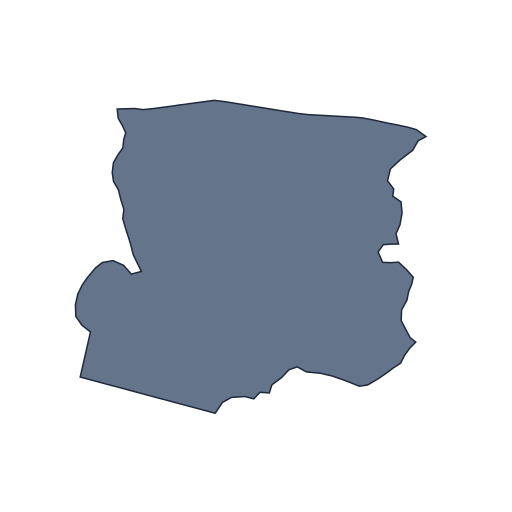 the district of São Domingos, Paraíba, Brazil, rotated 19°
{"feature_id": "56859067B84117834141491", "entity_name": "São Domingos", "entity_type": "district", "adm_level": 2, "iso_a3": "BRA", "parent_name": "Brazil", "parent_adm1": "Paraíba", "projection": "mercator", "projection_center": [-37.944, -6.804], "detail": "fine", "context": "isolated", "style": "filled", "palette": "slate", "viewbox_px": 512, "rotation_deg": 19, "n_neighbors": 0, "source": "geoboundaries", "source_scale": "gbopen_adm2", "svg_char_len": 1397}
<svg xmlns="http://www.w3.org/2000/svg" viewBox="0 0 512 512"><g transform="rotate(19 256 256)"><path d="M129.2,427.7L268.6,418.0L272.0,405.3L278.8,397.7L291.2,392.5L300.4,391.8L304.1,383.6L313.2,381.1L313.0,372.6L319.8,362.6L324.2,352.8L331.1,347.4L341.4,349.2L355.1,345.9L367.1,344.7L377.9,344.7L387.2,345.0L396.1,345.5L403.6,341.6L411.3,332.5L418.4,323.0L422.3,317.1L427.6,310.3L428.8,301.8L431.4,293.0L435.1,285.4L428.3,283.0L422.3,277.4L414.3,269.8L411.2,259.5L413.1,248.6L411.9,239.8L412.4,232.2L411.6,224.9L402.2,219.6L392.7,215.4L385.4,218.5L377.7,220.8L370.2,212.4L372.6,203.9L379.8,200.8L386.9,198.3L381.1,189.3L382.0,179.8L380.1,167.7L375.5,157.6L365.8,154.9L364.4,147.8L355.9,142.1L354.7,129.9L361.0,118.3L369.8,104.9L371.8,94.3L377.9,87.7L366.4,84.3L357.6,84.8L345.9,86.2L335.6,87.7L322.4,89.2L312.2,90.7L305.4,92.3L274.2,101.1L259.4,105.3L249.5,107.5L228.9,111.1L176.3,120.2L165.9,122.4L135.1,137.8L127.6,141.7L111.0,150.0L101.7,154.3L93.1,156.1L76.9,162.2L80.9,170.7L87.1,176.1L92.7,181.9L93.0,189.0L94.9,197.1L92.4,205.6L90.8,214.2L93.0,224.2L97.0,231.9L104.4,238.3L110.1,247.1L115.9,254.9L117.8,264.0L124.5,273.5L132.6,284.2L139.4,294.6L146.2,301.5L152.7,307.9L143.9,313.7L133.8,307.9L122.3,306.9L112.8,312.2L108.2,319.4L103.6,331.3L101.1,340.1L99.9,350.1L101.1,360.8L105.3,371.8L114.0,378.2L124.2,381.7L129.2,427.7Z" fill="#64748b" stroke="#1e293b" stroke-width="1.5"/></g></svg>